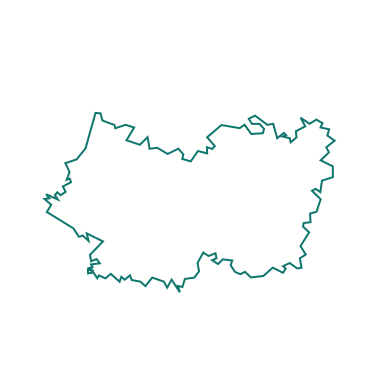 the district of Netrakona, Dhaka, Bangladesh, rotated 295°
{"feature_id": "16705992B47191620994273", "entity_name": "Netrakona", "entity_type": "district", "adm_level": 2, "iso_a3": "BGD", "parent_name": "Bangladesh", "parent_adm1": "Dhaka", "projection": "equal_earth", "projection_center": [90.87, 24.887], "detail": "medium", "context": "isolated", "style": "outline", "palette": "teal", "viewbox_px": 384, "rotation_deg": 295, "n_neighbors": 0, "source": "geoboundaries", "source_scale": "gbopen_adm2", "svg_char_len": 1916}
<svg xmlns="http://www.w3.org/2000/svg" viewBox="0 0 384 384"><g transform="rotate(295 192 192)"><path d="M289.3,294.8L298.8,299.6L300.4,290.8L306.8,289.8L304.8,281.2L309.5,281.2L310.2,274.2L303.5,269.7L305.2,259.0L299.4,266.9L291.0,260.5L285.6,263.6L278.7,260.4L282.0,257.9L280.6,250.9L283.2,253.3L284.4,250.3L276.8,246.5L288.1,236.8L284.7,231.8L287.9,216.9L282.3,212.5L279.1,217.6L282.3,224.4L279.7,230.6L275.2,231.4L269.6,221.1L275.2,211.2L270.0,208.2L265.1,190.4L248.0,182.6L243.3,193.2L239.6,192.3L238.9,186.6L233.4,189.4L231.7,180.1L219.2,177.9L217.9,169.2L222.4,168.3L225.5,161.3L216.2,153.9L217.4,141.7L213.2,135.3L222.9,128.6L212.8,124.8L211.2,110.8L226.0,112.3L224.8,103.4L217.4,95.6L220.0,93.2L218.9,80.7L224.6,75.9L222.9,71.1L186.5,77.1L172.7,73.6L164.6,65.0L158.3,72.6L150.1,73.2L152.5,75.5L149.8,78.2L142.4,72.6L138.8,77.4L133.6,74.3L134.8,70.0L131.3,69.1L128.5,73.6L128.3,60.7L126.0,65.4L123.4,61.2L120.9,69.8L112.5,68.9L108.9,99.9L103.6,108.4L106.3,111.4L104.0,118.9L110.0,114.1L109.6,132.2L91.9,126.1L86.6,129.8L90.9,133.9L88.4,138.6L83.7,131.1L81.7,133.7L79.6,130.9L78.5,136.4L77.7,130.5L74.3,132.2L77.4,136.6L73.8,142.6L77.0,142.8L77.2,150.1L83.5,153.0L80.1,164.3L85.2,163.8L84.1,168.1L90.2,171.0L86.7,174.6L89.0,183.1L87.0,189.6L97.6,192.1L98.9,204.4L94.8,209.9L103.9,210.6L96.0,223.4L100.9,219.0L101.9,223.4L110.2,222.3L115.4,230.3L123.0,231.9L130.1,227.0L141.9,227.8L141.0,234.0L146.4,239.2L142.3,242.2L138.7,239.1L137.7,246.0L144.0,248.4L146.9,257.4L141.9,258.0L137.8,264.7L137.9,270.6L142.0,273.7L139.5,281.5L146.1,292.2L157.6,297.2L157.2,308.6L162.3,309.3L163.2,305.9L168.9,310.5L167.2,319.7L169.6,323.3L177.5,317.8L183.4,321.5L188.8,313.2L204.9,315.2L207.6,307.2L211.1,306.3L214.7,312.2L222.3,308.1L226.7,313.2L239.8,311.7L243.8,300.3L247.1,302.7L246.1,308.4L257.2,305.0L265.0,313.4L274.8,308.8L275.1,295.2L285.8,299.4L289.3,294.8Z" fill="none" stroke="#0f766e" stroke-width="2"/></g></svg>